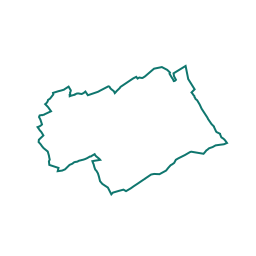 Chumayel, Yucatán, Mexico (Albers equal-area conic projection), rotated 50°
{"feature_id": "50627088B77720764307123", "entity_name": "Chumayel", "entity_type": "district", "adm_level": 2, "iso_a3": "MEX", "parent_name": "Mexico", "parent_adm1": "Yucatán", "projection": "albers", "projection_center": [-89.289, 20.471], "detail": "fine", "context": "isolated", "style": "outline", "palette": "teal", "viewbox_px": 256, "rotation_deg": 50, "n_neighbors": 0, "source": "geoboundaries", "source_scale": "gbopen_adm2", "svg_char_len": 2747}
<svg xmlns="http://www.w3.org/2000/svg" viewBox="0 0 256 256"><g transform="rotate(50 128 128)"><path d="M195.6,79.2L196.0,78.0L197.0,75.4L197.6,72.1L200.1,68.1L200.7,67.2L202.1,65.0L202.6,63.4L203.1,61.8L200.3,61.6L198.7,61.6L197.0,61.9L195.2,62.5L192.0,61.5L191.6,61.2L188.2,62.7L187.4,62.8L182.6,61.5L182.1,61.2L179.9,61.4L178.7,61.5L172.6,60.9L171.1,60.5L160.5,59.2L156.1,58.0L151.2,57.2L149.2,57.6L147.8,57.2L147.1,57.2L146.1,56.6L144.9,56.7L143.0,56.5L141.6,56.5L141.2,52.1L135.5,51.3L129.2,50.4L117.5,44.0L115.4,58.0L118.0,59.5L121.9,60.3L122.0,61.5L121.7,62.5L121.5,62.8L119.4,62.2L117.9,62.1L113.1,61.3L112.5,60.2L108.7,60.6L103.1,62.9L99.3,69.9L99.3,72.7L99.4,81.9L99.0,84.7L98.3,85.5L96.6,86.9L96.3,88.9L94.1,88.8L93.7,90.6L93.6,90.9L93.3,92.4L92.8,97.0L91.7,107.3L92.1,108.7L92.4,113.0L92.7,114.7L92.8,115.7L91.6,115.4L90.6,115.2L87.4,115.9L86.8,115.9L86.3,116.0L85.2,115.8L84.5,115.7L83.7,116.0L83.4,116.5L83.3,117.0L81.4,125.6L81.0,127.6L80.9,127.9L77.1,137.7L72.7,137.2L72.7,139.4L72.2,141.6L71.6,142.1L70.9,142.8L69.9,143.5L69.1,144.5L68.6,145.3L68.4,146.2L68.3,147.2L68.1,147.2L68.0,147.9L66.6,151.0L66.2,152.2L65.0,151.3L65.2,150.7L63.7,149.7L63.6,149.4L62.7,147.9L62.3,147.6L59.1,147.1L58.9,147.0L58.1,146.9L57.5,151.7L57.5,152.4L56.1,155.6L55.2,157.4L53.6,161.2L52.9,162.9L53.7,163.3L54.3,163.7L55.4,168.9L55.1,171.2L56.0,172.5L56.5,174.3L56.5,175.4L56.5,176.1L60.6,175.8L65.7,176.2L63.9,183.0L63.8,183.9L63.4,184.5L63.1,185.4L62.6,185.8L61.6,187.6L62.4,189.1L65.2,189.7L70.0,191.6L70.1,192.5L69.9,194.6L69.2,196.7L71.8,196.9L73.2,197.1L74.1,197.0L75.3,197.0L76.8,197.2L79.3,197.6L79.4,198.8L79.7,203.8L81.3,205.5L83.5,205.4L84.7,205.4L86.6,205.6L88.8,205.6L89.1,205.6L94.4,204.6L98.3,206.3L100.0,207.3L100.6,207.6L101.0,207.8L101.9,208.3L102.7,210.0L105.7,212.0L113.9,206.9L115.9,209.6L118.3,205.8L119.2,202.8L118.7,196.5L119.6,193.5L119.6,191.9L119.7,191.1L120.5,189.5L120.8,189.2L121.0,188.9L121.1,188.5L121.3,188.1L121.4,187.1L121.7,186.3L122.7,184.3L122.8,184.0L123.4,182.9L124.2,180.9L124.8,178.8L125.4,175.4L125.9,174.9L126.1,174.1L126.0,173.8L126.6,170.4L127.4,170.6L129.2,170.6L130.6,170.3L131.7,170.1L133.3,169.8L134.5,169.8L133.9,170.8L133.1,172.2L132.1,173.8L130.5,176.6L132.1,177.2L133.8,177.7L136.1,178.8L137.7,179.4L138.8,179.8L140.5,179.7L143.4,180.2L146.5,181.5L150.8,183.6L152.0,183.6L154.3,183.6L157.4,182.7L160.7,181.7L168.1,183.4L167.8,181.1L170.3,175.4L172.3,171.1L175.1,170.1L176.0,164.6L176.3,161.0L176.4,160.1L176.8,156.7L178.5,140.2L180.0,137.5L183.6,133.6L185.1,126.2L184.4,122.8L183.9,119.2L184.2,117.8L184.4,115.6L184.4,115.0L183.1,111.8L183.6,108.9L185.3,101.8L186.3,96.0L186.8,94.8L196.3,86.7L195.8,83.6L195.5,82.4L195.7,80.9L195.6,79.2Z" fill="none" stroke="#0f766e" stroke-width="2"/></g></svg>